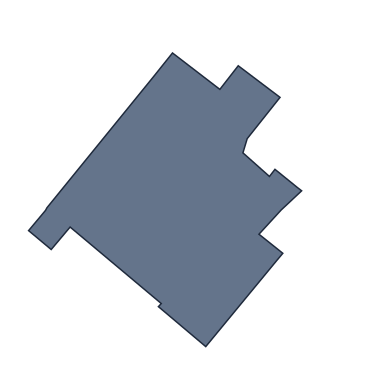 Morgan, Ohio, United States of America, rotated 306°
{"feature_id": "52423323B32788955396058", "entity_name": "Morgan", "entity_type": "district", "adm_level": 2, "iso_a3": "USA", "parent_name": "United States of America", "parent_adm1": "Ohio", "projection": "albers", "projection_center": [-81.828, 39.61], "detail": "fine", "context": "isolated", "style": "filled", "palette": "slate", "viewbox_px": 384, "rotation_deg": 306, "n_neighbors": 0, "source": "geoboundaries", "source_scale": "gbopen_adm2", "svg_char_len": 446}
<svg xmlns="http://www.w3.org/2000/svg" viewBox="0 0 384 384"><g transform="rotate(306 192 192)"><path d="M185.8,300.8L195.8,301.5L197.2,271.0L229.8,274.7L257.4,280.0L257.6,274.2L259.1,245.8L250.1,245.5L253.6,210.2L267.6,205.3L320.3,207.6L321.3,155.2L291.4,154.2L293.0,94.5L262.9,93.1L94.1,83.9L91.1,84.3L64.7,82.5L62.7,111.9L92.0,114.0L83.7,232.7L79.5,232.2L75.0,294.0L185.8,300.8Z" fill="#64748b" stroke="#1e293b" stroke-width="1.5"/></g></svg>